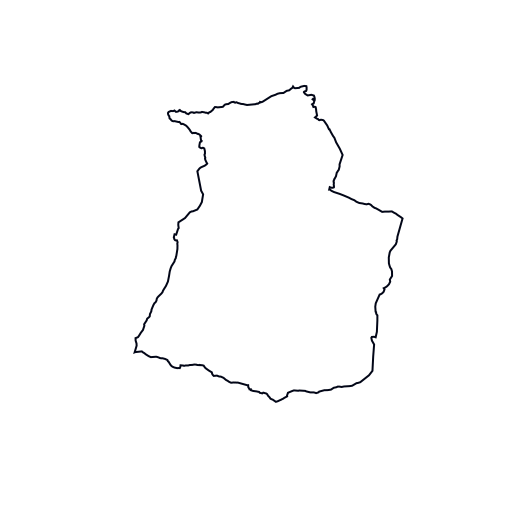 outline of Pojorata, Suceava, Romania, rotated 316°
{"feature_id": "2599482B93578143762204", "entity_name": "Pojorata", "entity_type": "district", "adm_level": 2, "iso_a3": "ROU", "parent_name": "Romania", "parent_adm1": "Suceava", "projection": "mercator", "projection_center": [25.425, 47.481], "detail": "fine", "context": "isolated", "style": "outline", "palette": "ink", "viewbox_px": 512, "rotation_deg": 316, "n_neighbors": 0, "source": "geoboundaries", "source_scale": "gbopen_adm2", "svg_char_len": 6135}
<svg xmlns="http://www.w3.org/2000/svg" viewBox="0 0 512 512"><g transform="rotate(316 256 256)"><path d="M243.3,419.2L254.4,420.3L260.0,419.5L270.6,409.6L279.5,401.7L280.6,397.4L282.1,395.0L283.1,394.7L284.8,396.1L285.6,397.6L290.3,394.5L298.4,386.8L302.1,383.0L302.2,381.6L302.6,380.7L303.4,379.8L303.3,379.2L306.6,375.3L309.3,373.2L318.2,369.6L319.1,370.1L320.9,370.5L323.0,370.4L325.2,369.3L325.5,367.9L327.4,368.5L329.3,368.8L332.0,368.7L334.7,367.7L335.9,365.9L340.0,364.9L343.1,361.6L344.3,359.3L344.5,357.5L345.4,355.6L346.5,353.6L350.5,349.3L354.7,346.3L356.4,345.6L364.7,344.7L366.9,343.6L367.6,343.1L367.9,342.5L369.2,342.0L371.2,340.3L387.5,330.8L387.2,328.7L386.3,324.7L386.1,322.9L385.3,320.6L384.7,318.3L382.5,316.4L379.7,313.7L377.4,311.9L376.3,307.9L375.4,305.0L374.6,303.5L374.6,302.7L374.2,301.4L374.2,299.2L373.9,298.1L373.2,296.6L371.5,295.7L370.2,294.0L369.2,292.3L367.1,289.6L365.9,286.7L365.5,284.2L364.2,281.3L363.3,278.5L361.1,273.3L359.4,269.6L356.5,264.1L355.6,261.6L355.2,259.2L354.9,259.0L356.9,257.7L357.4,258.8L358.1,259.8L359.5,260.7L359.8,260.7L360.6,259.9L361.6,258.5L362.9,257.5L363.3,256.5L364.1,256.1L364.3,255.7L365.5,255.3L365.9,255.0L366.3,255.0L368.9,254.2L372.1,252.1L373.2,252.0L374.0,251.7L375.4,251.5L378.3,249.7L379.8,248.1L388.5,243.5L390.8,237.0L392.6,229.9L394.5,225.4L394.8,223.2L395.9,218.9L396.9,215.9L396.5,215.5L397.9,211.6L398.8,206.1L398.8,205.3L398.5,204.6L397.4,203.1L395.9,202.3L395.7,201.8L395.7,200.9L395.7,200.5L395.2,199.5L394.7,197.3L397.5,197.4L399.9,193.7L401.3,192.0L401.3,191.8L402.0,190.8L402.3,190.5L402.2,189.9L401.8,189.3L400.8,188.7L401.5,187.1L401.7,185.8L402.8,186.0L403.4,186.3L403.7,186.2L405.2,185.2L406.0,184.9L405.8,183.7L405.7,183.6L405.6,182.6L406.2,182.6L406.4,183.2L407.1,184.1L407.3,184.0L408.4,182.4L409.1,180.8L407.8,178.5L404.7,176.4L404.0,173.7L404.0,173.2L404.2,171.5L404.4,171.3L404.8,171.3L405.3,171.4L406.7,172.1L407.8,171.6L409.4,170.0L410.2,168.8L408.9,167.2L405.9,165.4L404.7,165.1L403.8,165.0L400.6,162.4L400.2,161.5L400.4,159.8L399.0,160.3L397.3,160.0L395.0,159.9L392.8,158.5L389.0,157.8L386.2,155.4L384.1,154.2L382.1,153.6L378.1,151.7L367.8,149.6L366.6,149.0L366.0,148.1L365.6,148.5L364.5,148.0L363.1,147.8L363.0,147.4L362.5,147.0L361.6,146.6L361.3,146.6L354.4,141.1L353.8,140.1L353.6,139.9L352.4,137.9L350.9,136.2L350.4,135.2L349.3,133.4L349.0,132.5L348.6,131.7L347.6,131.3L347.1,130.5L347.1,129.7L345.4,128.4L344.0,127.9L341.6,127.4L340.1,126.2L339.0,125.6L338.0,125.5L336.0,125.7L335.1,125.2L331.7,122.5L330.6,121.0L329.9,120.3L327.6,120.6L326.4,120.9L323.2,120.7L322.4,120.2L320.6,120.2L320.1,118.7L319.4,118.1L318.6,116.7L317.2,114.8L316.0,114.4L314.5,113.1L313.0,111.2L310.8,110.0L310.8,109.6L309.8,108.2L309.0,107.5L307.8,107.1L305.9,107.0L304.9,105.0L305.0,103.5L304.0,102.3L303.2,100.9L302.6,99.4L302.6,98.0L301.9,97.8L300.9,98.1L299.3,97.3L298.5,96.6L298.4,94.7L297.2,94.3L295.9,93.0L295.7,92.6L293.2,91.7L292.6,91.8L292.0,92.0L291.3,92.9L290.8,94.1L290.7,95.2L289.4,97.0L289.6,98.5L289.4,99.5L289.5,100.2L289.6,100.8L290.3,101.8L291.1,102.4L293.3,105.8L294.0,106.3L294.1,107.5L293.8,108.8L294.2,109.5L295.1,110.0L295.7,111.6L296.3,113.8L296.3,115.7L296.1,118.3L295.8,120.1L295.5,120.9L295.5,122.6L295.4,123.0L295.6,123.5L295.8,123.7L296.9,124.3L297.3,125.0L298.1,125.5L298.6,126.8L298.8,127.6L299.2,127.9L299.7,129.3L299.8,131.7L299.7,131.8L299.0,131.5L298.5,132.3L297.5,133.6L296.4,135.3L296.6,135.6L296.3,135.7L295.4,135.3L294.6,135.3L292.1,137.1L291.1,138.0L290.9,138.4L291.1,138.9L291.1,139.5L291.7,140.7L292.8,141.1L293.2,141.6L293.5,142.7L292.1,145.1L290.3,147.0L289.5,147.2L288.8,148.1L287.7,150.2L287.0,150.5L286.3,151.7L285.4,154.3L285.1,155.6L284.1,155.7L281.8,155.4L279.4,154.5L277.6,153.9L276.0,153.8L272.7,154.3L261.9,170.9L260.8,174.9L254.5,179.6L250.5,180.9L246.1,181.8L241.6,180.0L240.6,179.2L238.8,178.6L231.3,179.4L223.6,177.9L221.7,179.6L219.8,182.2L218.7,182.4L213.4,185.2L212.5,183.8L209.8,185.5L209.7,185.7L209.6,186.2L209.3,186.5L208.9,187.3L208.8,188.4L209.0,188.9L210.0,189.8L209.2,191.6L207.9,192.5L207.0,193.7L204.3,196.4L198.7,200.6L197.8,201.0L197.0,201.7L194.7,202.5L193.6,203.3L188.2,204.6L186.0,205.6L183.2,207.2L179.5,210.0L174.9,213.2L170.4,215.0L166.7,215.9L164.9,216.4L163.8,217.0L162.0,217.3L157.9,217.3L156.3,217.4L154.8,217.9L153.5,218.9L151.6,219.5L150.1,219.4L148.2,220.0L145.6,221.1L143.6,222.0L142.2,223.1L139.4,224.1L137.6,225.6L136.4,225.7L134.3,225.5L133.7,225.7L132.6,226.4L131.1,226.7L130.0,227.0L128.7,227.2L127.9,227.6L127.3,228.6L123.3,230.7L119.9,231.2L116.4,232.1L114.7,232.4L112.3,231.4L110.6,233.3L109.3,235.9L107.8,237.6L101.8,241.0L102.3,241.2L107.6,245.3L107.7,246.6L108.2,248.3L108.4,250.1L109.2,253.4L110.1,255.7L114.2,259.1L114.9,260.2L115.6,261.6L116.0,262.7L116.9,263.9L117.7,264.6L119.1,266.9L119.9,269.0L120.0,269.3L119.6,270.3L119.5,270.7L119.7,271.2L118.9,274.8L118.8,276.6L119.2,278.1L119.9,279.7L121.4,281.9L123.0,283.3L123.3,283.7L124.7,283.1L125.8,282.2L127.6,284.3L127.9,285.0L129.4,285.9L131.1,287.6L132.6,288.4L134.4,290.0L136.2,291.2L137.6,292.7L137.8,293.2L138.3,293.9L139.9,295.6L140.0,295.5L141.2,297.0L141.5,297.3L142.2,298.5L141.8,300.8L141.9,302.3L142.5,305.6L143.4,309.0L142.6,310.3L142.3,311.6L142.3,312.9L144.8,314.9L145.8,317.1L146.9,318.3L148.0,321.1L148.3,324.3L148.9,326.1L149.2,327.7L149.9,329.6L150.2,330.0L152.0,331.4L155.1,334.6L160.0,343.0L160.6,343.5L159.3,345.1L159.1,346.0L159.0,346.7L158.7,347.4L159.7,348.4L159.1,349.0L160.2,351.1L162.5,354.0L162.7,354.4L163.8,355.9L163.7,357.0L165.1,359.2L166.2,359.3L166.4,359.5L167.4,361.3L167.8,361.9L168.0,362.7L168.0,363.3L167.9,363.8L167.6,364.7L167.6,367.0L167.3,368.7L167.5,369.3L168.3,371.1L169.0,374.7L170.8,375.6L173.2,376.4L173.8,376.7L174.7,376.9L176.4,377.5L177.8,377.7L180.9,378.6L181.4,377.9L184.0,376.6L188.1,378.2L189.9,379.0L192.9,382.4L193.6,382.7L197.7,387.2L198.1,388.3L200.3,391.8L202.7,394.1L203.4,395.2L204.0,396.4L206.2,397.5L207.2,397.4L211.9,400.0L214.4,402.3L217.1,404.2L220.4,404.8L222.6,406.2L224.2,406.8L225.2,407.8L226.6,409.7L228.7,411.0L232.9,414.6L235.0,416.1L240.0,417.3L241.1,418.1L243.3,419.2Z" fill="none" stroke="#020617" stroke-width="2"/></g></svg>